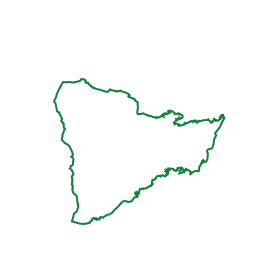 Bethlehem, West Bank, Palestine, rotated 154°
{"feature_id": "87354302B24436251599031", "entity_name": "Bethlehem", "entity_type": "district", "adm_level": 2, "iso_a3": "PSE", "parent_name": "Palestine", "parent_adm1": "West Bank", "projection": "mercator", "projection_center": [35.239, 31.604], "detail": "fine", "context": "isolated", "style": "outline", "palette": "green", "viewbox_px": 256, "rotation_deg": 154, "n_neighbors": 0, "source": "geoboundaries", "source_scale": "gbopen_adm2", "svg_char_len": 5710}
<svg xmlns="http://www.w3.org/2000/svg" viewBox="0 0 256 256"><g transform="rotate(154 128 128)"><path d="M121.1,71.6L120.1,70.1L119.6,70.6L119.4,70.3L117.7,70.5L115.9,68.2L115.5,68.2L115.2,68.8L114.7,68.9L114.4,68.6L113.7,68.7L113.6,69.5L113.0,69.2L112.4,69.3L112.5,70.1L111.6,69.9L111.1,70.4L111.4,71.0L110.9,71.0L112.3,71.6L113.0,72.3L112.5,72.3L112.0,71.6L112.2,72.7L111.4,71.9L111.4,72.7L110.9,71.9L110.5,72.7L109.4,72.2L109.9,73.8L109.6,74.1L109.1,73.6L107.1,72.7L105.3,71.2L105.3,69.9L104.5,69.6L103.8,68.4L103.0,68.9L102.7,68.7L101.6,68.5L101.4,70.0L100.7,69.8L100.3,70.2L99.4,69.9L98.7,68.8L97.4,69.0L97.5,68.4L96.7,68.1L96.6,67.9L100.2,66.6L101.7,64.5L97.8,64.0L97.2,64.4L97.5,64.6L96.5,65.8L95.8,65.5L95.9,64.3L95.3,64.8L95.4,65.4L94.7,65.4L94.2,65.7L94.0,65.3L93.5,65.5L93.5,64.2L92.4,63.9L91.7,63.1L91.7,62.5L90.9,61.3L90.7,60.1L91.1,60.0L91.1,59.7L91.9,59.9L92.2,59.5L92.2,59.1L91.1,59.2L89.9,59.9L87.1,59.9L85.3,59.6L83.9,58.2L83.0,58.4L80.9,61.9L79.3,62.7L76.9,64.7L76.4,63.9L76.1,63.9L75.7,64.4L75.9,64.6L75.9,65.7L75.3,66.1L74.5,66.2L74.5,65.7L73.9,64.6L73.8,63.9L73.2,63.4L72.2,63.7L70.1,65.4L67.4,70.0L67.1,72.7L66.2,73.4L64.9,73.6L61.8,72.9L61.0,73.1L58.3,76.0L55.5,80.1L52.3,82.5L51.9,83.7L52.1,85.1L45.3,88.4L41.9,91.2L36.8,94.9L36.7,95.3L37.5,96.2L36.9,98.0L38.1,98.7L39.2,98.0L39.6,96.9L39.3,96.3L40.4,96.4L40.7,97.1L41.2,96.3L41.3,95.4L42.2,95.7L43.8,95.0L44.7,95.3L45.2,96.1L46.1,96.0L46.3,96.9L45.6,97.0L46.6,98.5L47.6,97.3L49.1,97.1L49.5,96.8L49.5,96.3L51.0,96.3L51.2,96.9L51.2,98.6L51.3,99.0L52.4,99.8L52.2,100.7L54.0,100.6L56.7,102.0L59.4,102.2L61.3,103.4L61.3,102.9L63.2,102.4L63.0,103.0L63.7,103.4L63.7,104.2L64.0,105.0L64.3,105.2L64.9,104.3L65.6,104.8L65.6,105.8L66.5,105.8L66.7,105.5L67.2,105.8L67.4,105.3L68.3,106.7L70.3,106.3L70.7,106.6L71.7,106.4L74.8,106.7L74.4,107.5L74.7,107.7L75.2,107.6L75.4,106.7L76.3,106.5L81.0,107.4L81.5,108.3L80.5,108.5L80.6,108.9L82.0,110.4L83.2,110.9L84.4,110.8L84.4,112.8L83.1,112.9L82.4,113.4L80.6,113.3L80.9,114.9L80.5,115.0L79.2,114.2L79.5,114.6L78.9,114.4L77.9,114.5L77.9,113.3L77.6,113.2L77.2,113.4L77.1,114.3L76.5,113.4L74.9,113.2L73.9,113.9L73.7,115.4L74.2,116.5L74.7,117.1L75.1,117.2L75.1,117.8L76.0,117.8L76.1,118.5L76.6,118.9L76.5,119.1L78.0,119.3L78.7,120.1L79.8,120.1L79.5,120.7L80.0,121.4L80.4,123.1L81.6,123.9L81.6,124.3L83.1,125.5L84.6,125.5L84.4,124.6L84.6,124.1L84.0,123.4L86.1,123.3L87.5,123.6L87.1,123.8L87.0,124.2L87.6,124.8L88.9,125.0L88.8,124.4L89.3,124.0L89.9,124.1L90.5,124.6L90.4,125.0L90.9,125.1L91.3,124.8L91.2,122.7L92.8,124.3L94.3,124.0L94.9,123.6L97.1,125.0L97.3,124.5L97.8,124.7L97.8,124.9L98.3,124.7L98.5,125.4L100.2,126.4L102.2,128.7L104.6,130.3L104.5,130.6L104.6,131.0L106.2,132.1L108.0,134.6L110.3,134.9L113.2,136.2L112.8,138.0L109.8,142.6L108.9,145.3L108.0,146.8L109.0,148.7L109.6,149.3L109.3,150.8L109.4,151.1L109.9,151.4L110.1,152.1L111.2,152.7L111.5,153.4L112.2,153.8L112.8,155.0L113.2,155.0L113.7,155.6L113.8,156.4L112.2,156.8L112.8,158.5L114.3,160.6L117.8,163.9L118.6,165.1L119.8,165.0L120.9,165.6L121.6,165.5L122.3,165.8L122.5,166.4L123.7,167.0L124.0,167.7L125.9,168.9L127.1,170.5L127.5,170.0L129.1,169.9L129.7,169.4L131.2,169.8L132.8,171.1L135.5,174.0L139.2,176.8L140.6,178.6L141.6,179.0L141.8,180.1L142.3,180.2L142.4,180.4L142.4,181.3L143.1,181.7L143.1,182.6L143.9,184.3L143.9,185.3L144.1,186.2L144.8,186.2L145.1,186.7L146.2,187.3L146.2,187.7L145.5,188.0L145.6,188.7L145.3,189.3L145.7,190.3L146.0,190.4L146.7,191.6L147.9,191.8L148.5,192.4L150.6,191.4L152.6,191.7L155.3,192.5L156.8,192.6L160.8,195.2L164.8,196.8L166.2,197.8L171.1,194.5L176.4,190.4L179.7,186.7L182.8,184.4L182.4,181.5L184.5,174.0L182.8,172.0L183.5,171.1L183.2,169.1L183.2,165.7L183.6,164.7L185.0,163.7L184.8,162.8L184.4,162.3L184.0,161.2L184.6,160.7L184.0,159.9L184.2,159.0L185.3,157.8L185.2,156.6L185.5,156.2L185.0,155.6L184.9,155.1L185.2,154.5L186.9,153.7L188.0,152.0L189.2,151.4L190.1,150.5L190.3,149.4L192.0,147.8L192.6,145.7L191.8,144.2L191.7,143.0L191.2,141.8L189.9,140.2L188.7,137.7L188.6,131.5L189.1,128.5L189.9,127.5L191.6,127.0L190.7,125.5L190.5,124.5L191.3,122.7L192.5,121.7L192.8,120.1L194.1,118.9L195.0,118.8L196.1,119.0L197.1,117.4L198.0,117.0L197.6,116.6L197.4,115.4L196.7,114.2L197.2,113.2L196.9,111.4L197.2,110.8L198.1,110.4L198.5,109.5L199.8,109.1L200.2,108.4L200.2,106.8L200.9,105.6L201.3,105.4L201.3,104.3L202.1,103.7L202.2,102.9L203.2,102.2L203.1,101.5L203.3,101.1L203.0,100.6L203.0,100.0L203.9,99.2L204.2,97.6L205.2,96.8L205.6,93.6L205.0,91.7L204.2,90.8L203.9,88.9L204.5,87.8L205.5,84.5L206.0,83.8L206.2,83.0L206.3,81.4L206.8,81.2L206.9,79.4L210.5,75.5L214.3,74.6L215.6,72.8L219.3,68.6L212.7,62.7L210.9,62.0L210.1,61.2L208.7,60.6L207.9,60.9L206.6,60.1L204.1,59.5L203.6,60.5L201.1,60.5L200.6,61.2L200.5,61.8L198.3,62.3L197.9,61.9L198.0,60.7L197.4,60.3L196.6,61.1L196.2,61.0L195.9,60.5L196.3,59.6L196.3,59.2L196.0,59.1L195.3,59.6L194.1,58.4L193.2,58.6L193.0,59.5L192.2,59.6L191.8,60.0L190.9,59.6L189.7,58.3L188.3,58.9L186.8,58.8L185.1,59.2L182.5,58.4L181.3,58.8L179.9,58.6L176.2,60.2L170.9,61.8L169.0,62.9L168.1,62.8L166.9,63.6L166.7,63.5L165.3,64.2L164.2,64.2L162.0,63.3L161.5,62.9L160.8,61.7L160.0,61.3L156.6,60.6L153.8,62.4L152.2,62.8L149.9,61.9L149.5,62.1L149.5,62.8L150.1,64.5L149.8,64.7L150.1,65.6L149.0,65.5L150.6,67.1L149.5,66.7L148.1,66.7L148.3,66.3L148.1,65.8L148.2,65.3L147.9,64.1L147.5,64.5L147.2,64.4L147.0,64.8L146.7,64.7L146.5,65.3L144.2,67.7L144.1,67.3L143.2,67.4L142.1,67.2L141.6,66.8L140.9,67.0L140.8,66.4L137.9,66.0L137.6,65.6L136.9,66.0L135.1,66.3L133.3,65.7L133.1,66.0L132.7,66.0L132.5,66.4L130.6,66.5L130.3,66.8L130.7,67.4L130.5,68.7L129.4,69.7L129.1,70.5L128.0,70.6L126.5,69.2L126.8,70.0L125.1,70.4L125.1,71.0L123.3,71.8L121.1,71.6Z" fill="none" stroke="#15803d" stroke-width="2"/></g></svg>